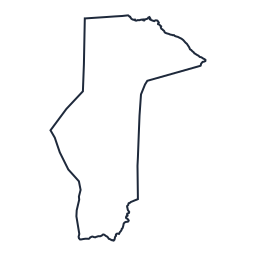 the district of Tawkar, Red Sea, Sudan
{"feature_id": "16777658B45805430370558", "entity_name": "Tawkar", "entity_type": "district", "adm_level": 2, "iso_a3": "SDN", "parent_name": "Sudan", "parent_adm1": "Red Sea", "projection": "albers", "projection_center": [37.526, 17.9], "detail": "fine", "context": "isolated", "style": "outline", "palette": "slate", "viewbox_px": 256, "rotation_deg": 0, "n_neighbors": 0, "source": "geoboundaries", "source_scale": "gbopen_adm2", "svg_char_len": 3071}
<svg xmlns="http://www.w3.org/2000/svg" viewBox="0 0 256 256"><path d="M200.6,65.7L200.8,65.1L201.1,63.7L202.6,61.9L203.9,61.7L205.3,61.1L205.5,60.0L204.6,59.2L203.3,58.6L201.4,57.3L199.7,56.9L198.5,55.7L197.3,55.1L196.3,54.5L195.2,53.7L194.4,53.4L193.7,52.3L192.4,51.3L191.2,50.0L190.0,49.3L189.2,47.3L188.2,45.8L186.8,43.7L186.0,43.1L185.2,42.3L183.3,40.1L181.5,38.7L179.4,37.7L177.9,36.9L176.7,36.6L175.7,36.3L174.6,35.8L173.9,35.1L172.7,35.2L172.1,34.9L170.9,34.7L169.8,34.4L168.8,33.9L167.6,33.6L166.6,33.3L165.3,32.8L164.6,32.2L164.3,31.3L163.9,30.7L163.0,30.1L162.6,29.5L161.7,29.0L161.2,28.5L160.7,26.9L161.1,26.3L159.1,24.5L158.1,24.2L158.1,23.4L158.8,22.6L158.2,21.6L157.4,20.6L155.9,20.3L154.7,20.7L154.2,21.1L153.5,20.9L152.9,20.7L152.1,20.4L151.3,20.1L150.0,19.4L150.4,18.6L150.2,18.2L149.7,18.2L149.4,17.1L148.4,17.5L147.6,18.6L146.8,18.9L145.1,19.4L144.9,19.6L144.7,19.9L144.5,19.5L144.2,19.4L143.7,19.4L143.4,19.6L143.1,20.2L142.2,19.5L141.5,19.7L140.6,19.8L139.4,20.2L138.8,20.2L137.8,20.1L136.5,20.6L135.8,20.6L135.4,20.3L135.1,19.8L134.7,20.1L134.1,19.6L133.5,19.8L132.6,19.5L131.4,18.8L130.8,17.9L130.3,17.4L130.2,16.8L129.9,16.8L129.5,16.6L128.7,15.8L128.2,15.4L127.6,15.4L122.0,16.0L115.2,16.4L105.1,17.1L85.4,18.4L84.8,18.4L83.9,64.4L82.9,91.3L66.4,108.9L50.5,130.3L54.8,137.7L57.2,144.8L59.8,152.4L68.3,169.5L76.6,178.7L78.9,181.3L80.6,189.9L78.9,196.6L79.2,199.7L76.7,210.3L76.4,216.3L79.3,234.0L78.7,236.4L78.7,236.5L78.6,236.8L78.9,238.0L79.0,238.0L79.2,238.4L79.2,238.5L79.6,239.0L79.9,239.4L80.8,239.5L81.9,239.3L82.4,239.2L83.4,239.0L84.9,238.8L85.8,238.7L88.7,238.8L89.2,238.6L89.7,238.1L90.1,237.5L90.9,237.1L92.0,236.6L92.7,236.6L93.2,236.8L93.6,237.0L94.4,237.2L95.4,237.3L96.1,236.9L97.5,236.5L97.9,236.3L98.7,236.2L99.2,236.2L100.1,236.3L100.8,236.0L101.6,235.7L102.2,235.2L102.8,234.6L103.7,234.5L104.5,234.9L104.9,235.2L105.8,235.9L106.3,236.2L107.3,236.7L107.6,237.1L108.0,237.5L108.4,238.2L108.8,238.8L109.6,239.0L110.2,239.3L111.0,239.8L111.4,239.9L112.1,240.3L112.5,240.1L112.9,240.1L113.4,240.6L113.8,240.5L114.0,240.1L114.4,239.8L114.8,238.5L114.8,238.1L115.1,237.0L115.3,236.5L115.9,236.0L116.0,235.2L115.9,234.6L116.4,234.0L116.8,233.7L117.8,233.6L118.4,233.8L119.0,233.9L119.3,233.4L119.5,232.8L119.9,232.1L120.2,231.8L120.7,231.3L121.0,230.8L121.4,230.2L121.6,229.6L121.8,228.8L122.2,228.6L122.7,227.8L123.3,225.7L123.7,223.6L124.6,222.5L125.9,221.9L126.5,221.9L126.9,221.8L127.8,221.7L128.3,221.4L128.7,220.4L128.3,219.9L127.8,219.2L127.4,218.7L126.9,218.5L126.5,218.4L126.0,217.8L126.1,216.9L126.5,216.1L126.9,215.9L127.4,215.9L127.6,215.4L127.4,215.0L127.1,214.6L127.2,213.7L127.4,213.5L127.8,213.4L128.3,213.3L128.9,213.0L129.2,212.0L128.5,210.9L128.0,210.3L127.6,209.0L127.5,208.0L127.3,207.7L127.1,206.5L127.1,206.2L127.3,205.8L127.6,205.6L128.2,205.0L128.4,203.9L128.7,203.2L129.6,203.0L129.9,202.8L130.4,202.4L130.8,202.0L137.9,199.1L137.9,198.4L137.5,165.8L137.9,157.5L138.7,136.1L139.5,115.9L141.0,94.4L144.4,86.0L145.0,84.5L147.3,80.8L200.4,65.8L200.6,65.7Z" fill="none" stroke="#1e293b" stroke-width="2"/></svg>